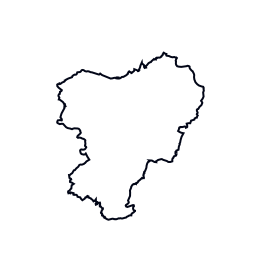 the district of Vima Mica, Maramures, Romania, rotated 237°
{"feature_id": "2599482B4485226346808", "entity_name": "Vima Mica", "entity_type": "district", "adm_level": 2, "iso_a3": "ROU", "parent_name": "Romania", "parent_adm1": "Maramures", "projection": "albers", "projection_center": [23.688, 47.408], "detail": "fine", "context": "isolated", "style": "outline", "palette": "ink", "viewbox_px": 256, "rotation_deg": 237, "n_neighbors": 0, "source": "geoboundaries", "source_scale": "gbopen_adm2", "svg_char_len": 5714}
<svg xmlns="http://www.w3.org/2000/svg" viewBox="0 0 256 256"><g transform="rotate(237 128 128)"><path d="M146.0,213.1L146.9,212.7L147.8,211.7L148.0,210.7L150.2,206.0L151.8,204.0L153.0,202.9L154.8,202.8L155.9,203.2L157.7,204.5L158.4,204.6L160.1,206.6L159.3,207.3L160.9,206.9L161.4,206.1L162.3,205.5L163.1,203.8L164.4,202.6L166.1,201.5L167.7,199.7L168.5,199.8L169.2,200.5L170.0,199.7L171.7,199.0L171.5,198.3L171.0,198.0L170.9,197.2L170.3,196.8L170.1,195.4L169.8,195.1L169.9,194.6L169.6,194.2L169.7,193.1L171.4,190.3L171.4,190.0L170.8,190.0L170.8,189.4L170.7,189.3L170.8,188.7L170.6,188.6L170.9,188.4L170.8,188.0L171.0,187.5L171.7,187.3L171.2,184.0L170.8,183.1L171.1,182.3L171.2,180.6L170.3,177.8L170.2,176.9L170.4,176.3L168.8,176.1L168.9,175.7L169.4,175.3L169.4,174.7L170.4,174.7L170.8,175.1L171.4,175.2L171.9,175.7L174.6,174.9L175.4,175.3L173.6,172.5L172.1,170.9L171.1,169.2L170.5,169.1L170.5,168.6L170.0,167.9L170.3,167.3L171.0,167.4L173.9,165.3L172.9,164.6L172.5,164.0L172.3,161.6L172.1,161.0L172.2,160.7L173.3,160.7L173.8,160.1L174.8,159.9L174.9,159.3L174.2,158.3L174.1,157.8L173.8,157.3L173.5,157.3L173.2,155.4L173.4,152.0L174.1,150.8L174.0,148.8L174.2,147.8L174.5,147.4L175.4,147.7L176.5,146.3L176.7,145.6L175.9,146.6L175.2,146.2L176.2,145.0L177.1,144.7L177.9,142.9L178.0,142.3L178.9,140.4L186.5,135.1L188.8,134.3L188.5,133.1L188.8,132.6L194.4,128.0L195.1,127.1L196.9,125.9L197.6,125.0L198.1,123.8L199.3,122.8L200.7,122.3L201.5,121.4L201.7,120.6L201.1,119.0L201.1,118.2L202.3,115.8L201.1,114.2L201.1,113.3L201.8,112.4L202.0,110.8L201.8,110.2L201.8,109.6L201.1,108.7L201.9,105.4L202.1,104.2L202.1,103.5L202.3,102.8L202.1,102.3L202.3,101.7L202.0,101.0L202.2,100.7L201.7,100.3L201.6,99.7L202.0,97.6L201.8,95.4L202.8,94.8L202.3,94.1L203.1,92.8L202.9,92.2L201.5,91.5L199.5,91.8L195.8,93.1L195.3,92.4L195.4,90.7L194.8,90.4L194.3,89.5L193.8,89.4L193.8,88.3L193.3,87.5L192.7,87.1L190.9,87.0L189.6,85.5L188.9,86.2L185.4,87.5L184.2,87.7L183.3,87.4L182.6,88.0L182.2,87.6L182.4,87.1L181.7,87.8L181.3,87.7L181.1,87.5L181.5,87.0L181.3,86.8L181.1,86.8L180.7,86.4L180.2,86.9L180.0,85.8L179.3,85.5L176.4,80.2L174.3,77.7L173.6,77.1L171.9,77.3L170.7,76.9L170.5,76.5L171.7,75.2L172.6,73.3L171.9,72.2L171.3,71.7L170.6,71.6L168.5,72.8L167.6,74.8L166.8,75.8L162.5,76.5L160.9,77.3L158.9,79.3L157.5,80.4L157.4,81.5L156.9,82.9L155.0,85.5L154.1,86.3L152.7,86.5L151.8,86.5L151.0,86.0L150.2,86.0L149.7,85.8L149.3,84.8L148.8,81.5L148.0,80.4L147.0,80.7L146.4,82.1L145.2,83.3L144.0,83.9L143.0,84.9L141.3,85.5L140.9,85.5L140.0,84.7L137.8,83.6L136.9,82.5L136.2,82.2L135.3,82.6L134.6,82.5L133.8,80.8L133.7,79.9L134.3,78.4L135.3,77.4L135.6,76.5L135.3,75.7L134.9,75.4L132.9,74.7L131.5,74.8L129.8,76.4L129.3,77.6L129.6,78.7L126.1,78.3L122.5,78.3L122.6,74.9L122.0,73.0L122.1,72.5L121.9,71.4L122.4,69.3L123.2,68.3L123.5,67.1L122.6,65.2L122.3,62.6L121.6,60.5L122.0,59.5L120.5,56.6L120.5,55.0L120.2,53.4L120.6,52.9L118.0,51.7L116.4,52.5L115.7,52.3L115.8,51.3L115.1,50.4L114.2,50.0L113.2,50.9L110.7,52.1L110.6,49.5L108.1,47.5L108.1,46.9L107.4,44.8L107.5,43.4L106.9,42.8L106.1,42.6L105.7,42.5L105.5,43.3L104.6,44.1L105.2,44.8L103.3,46.6L103.1,46.5L102.8,46.8L101.9,45.9L101.3,46.3L100.3,48.1L99.7,48.5L98.6,48.5L97.8,48.2L95.8,50.2L94.4,50.0L92.3,50.4L92.3,53.2L93.0,54.5L92.4,55.5L93.0,56.0L93.1,57.0L92.1,57.6L91.5,57.2L90.9,57.2L89.2,58.5L88.4,58.5L87.2,59.1L85.3,59.1L85.3,59.7L85.0,60.3L85.7,62.2L83.6,60.9L83.1,61.2L82.7,61.9L81.7,62.0L82.0,59.6L81.2,59.3L80.9,60.8L81.2,61.9L81.6,62.0L80.7,63.8L79.5,63.3L78.7,62.3L78.2,62.5L77.5,61.7L76.6,62.4L74.9,62.6L74.3,63.2L73.5,62.5L73.2,61.1L72.2,60.2L72.0,59.4L71.5,59.2L71.3,59.5L70.9,59.2L70.3,59.6L69.4,59.4L69.2,58.6L69.4,58.1L67.9,59.4L67.1,59.2L66.1,60.1L66.0,60.9L65.5,59.4L62.7,60.9L61.7,61.7L60.5,65.3L59.9,66.2L59.1,66.7L58.8,67.4L58.5,67.5L57.8,68.6L57.3,71.0L56.9,71.4L56.5,72.5L55.7,73.2L55.1,74.2L54.3,76.9L54.0,77.3L54.0,78.1L54.2,78.6L53.9,80.5L54.0,81.0L53.6,82.3L52.9,83.2L54.1,84.3L54.2,84.8L54.2,86.9L54.6,88.5L54.2,89.3L55.6,88.2L56.6,88.0L57.9,88.5L59.0,89.5L59.1,90.3L60.0,90.8L60.6,90.3L62.1,84.5L63.1,83.7L64.1,83.8L64.5,84.3L64.6,86.7L65.0,88.0L65.5,88.3L67.1,88.5L69.9,92.7L72.8,94.7L74.5,95.6L76.3,98.2L76.9,98.6L77.8,100.5L78.0,102.0L77.6,102.3L77.6,102.8L77.1,103.6L77.1,104.2L77.4,103.9L77.4,104.1L77.3,104.7L77.0,104.7L77.4,105.2L77.3,105.5L77.0,105.4L77.0,106.2L77.5,107.5L77.8,107.6L78.0,110.0L78.5,112.5L78.2,112.6L78.3,112.8L78.0,113.0L77.3,114.0L77.6,114.3L80.0,115.1L80.3,115.4L80.4,115.8L81.4,116.3L80.9,116.3L81.9,117.2L81.6,117.5L82.5,118.1L82.6,118.9L84.6,121.7L86.3,123.1L87.8,124.8L88.6,126.4L88.4,126.9L88.5,128.3L89.3,128.1L87.7,130.3L85.1,131.7L84.0,133.0L84.4,133.1L84.8,133.5L84.7,133.8L84.8,135.8L83.8,138.9L83.4,139.5L82.1,140.2L79.2,142.6L77.6,143.3L76.5,144.9L75.9,147.0L77.7,148.2L78.2,148.9L78.2,149.6L78.8,150.3L78.8,150.7L79.2,151.1L78.7,153.3L79.1,153.8L79.4,153.4L81.0,154.0L82.2,154.9L82.2,155.2L81.4,155.5L82.7,156.3L82.3,158.5L84.9,160.7L86.0,162.4L86.8,162.6L87.2,163.6L89.4,165.7L91.5,168.2L93.4,171.7L95.0,170.1L96.7,169.0L98.2,168.4L98.9,169.6L100.4,171.2L100.5,171.6L100.0,172.4L100.2,172.7L99.2,174.1L98.3,176.6L97.1,177.0L96.7,176.8L96.5,177.8L96.6,178.2L97.6,178.9L99.7,179.6L99.1,181.3L98.1,182.8L99.8,184.9L98.9,188.2L99.7,189.1L99.6,190.7L99.2,191.4L100.1,192.3L100.5,193.3L102.1,193.2L102.4,193.6L102.6,194.4L103.0,194.8L104.8,195.1L105.7,195.6L106.0,196.4L105.7,197.3L106.8,199.5L107.2,202.0L108.5,203.9L109.0,204.2L111.0,204.1L112.0,206.7L113.2,208.5L116.9,210.4L118.0,211.9L120.1,212.9L120.3,213.3L121.6,213.5L122.7,212.4L124.9,210.7L127.0,209.9L129.6,209.5L132.6,210.1L134.7,211.1L136.4,212.4L137.7,212.8L140.5,213.1L141.2,212.7L143.8,212.3L145.1,212.5L146.0,213.1Z" fill="none" stroke="#020617" stroke-width="2"/></g></svg>